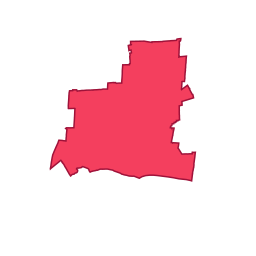 the district of Devesel, Mehedinti, Romania, rotated 153°
{"feature_id": "2599482B24769263834247", "entity_name": "Devesel", "entity_type": "district", "adm_level": 2, "iso_a3": "ROU", "parent_name": "Romania", "parent_adm1": "Mehedinti", "projection": "natural_earth1", "projection_center": [22.678, 44.474], "detail": "fine", "context": "isolated", "style": "filled", "palette": "rose", "viewbox_px": 256, "rotation_deg": 153, "n_neighbors": 0, "source": "geoboundaries", "source_scale": "gbopen_adm2", "svg_char_len": 5574}
<svg xmlns="http://www.w3.org/2000/svg" viewBox="0 0 256 256"><g transform="rotate(153 128 128)"><path d="M86.4,204.0L86.8,203.1L86.9,202.8L87.6,201.7L87.7,201.4L87.7,201.2L87.4,200.9L87.2,200.8L87.3,200.7L88.4,201.0L90.3,201.4L90.4,201.1L90.8,200.0L90.9,199.7L91.4,198.1L91.8,197.0L92.0,196.6L91.6,196.6L91.4,196.5L91.1,196.4L90.9,196.3L89.9,196.0L90.8,193.4L91.0,193.4L91.4,193.5L92.5,193.9L92.7,193.0L93.0,192.2L93.1,191.9L93.6,191.4L93.9,191.1L94.7,189.2L95.1,188.3L95.3,187.6L95.6,186.9L96.8,184.5L97.2,184.6L97.4,184.6L97.5,184.6L97.7,184.1L98.0,183.7L99.6,184.5L104.0,186.7L107.1,181.6L108.5,178.9L110.0,176.3L111.1,174.5L112.4,172.4L113.2,170.9L116.9,172.7L117.5,172.8L118.2,173.2L118.3,173.4L118.4,173.7L118.4,173.8L118.4,174.1L119.3,174.5L119.6,174.5L120.0,174.7L120.0,175.0L125.5,177.2L126.2,176.1L127.5,173.9L128.0,173.0L128.6,172.0L132.1,173.8L132.6,174.0L132.9,174.1L133.6,174.2L133.9,174.3L135.4,174.9L135.8,175.2L138.3,176.2L141.4,177.6L141.9,177.6L142.1,177.7L142.1,177.9L142.6,178.1L143.7,178.6L144.3,178.8L145.4,179.4L147.7,180.5L151.2,181.9L151.8,182.3L152.7,182.6L153.3,182.8L153.6,182.9L154.5,183.2L155.3,183.6L155.6,183.7L156.3,183.9L156.5,183.9L156.4,185.3L159.9,187.1L160.3,186.4L162.7,187.5L163.2,187.7L163.6,187.2L164.1,186.5L164.5,186.1L165.1,185.0L166.0,183.6L166.7,182.3L168.2,179.8L168.2,179.7L168.3,179.6L169.7,177.3L171.3,174.6L171.4,174.3L171.4,174.1L171.6,173.8L172.0,173.1L172.3,172.5L172.3,172.4L171.5,172.0L166.5,169.6L166.4,169.5L166.4,169.4L167.0,168.5L167.5,167.6L168.3,166.2L170.5,162.3L170.9,161.7L171.5,160.6L174.7,155.2L176.1,152.8L179.7,154.5L182.7,156.1L182.9,155.8L183.4,156.0L183.8,155.9L183.1,154.4L185.6,150.6L186.2,149.7L186.6,148.7L187.2,147.9L188.7,145.4L189.2,144.6L190.8,145.7L191.6,146.2L192.0,146.6L194.6,148.2L195.1,148.5L196.0,147.7L197.2,146.5L200.5,143.9L202.8,142.0L204.5,140.6L206.1,139.2L207.5,138.0L207.8,137.5L208.4,136.8L208.6,136.6L209.8,135.0L210.9,133.5L211.2,133.1L211.6,132.6L213.0,130.6L213.7,129.5L215.1,127.7L215.6,127.1L215.7,126.8L215.1,127.0L206.2,128.9L202.5,129.7L202.1,127.7L202.0,127.3L202.3,127.2L201.7,124.7L201.7,122.8L201.7,122.0L201.6,121.3L201.6,120.8L201.5,120.5L201.4,117.4L201.3,115.8L201.2,113.4L201.2,113.2L201.1,112.7L201.0,112.1L201.0,111.7L200.9,111.3L199.1,111.9L198.9,111.9L198.5,111.9L197.0,111.4L196.8,111.4L196.0,111.7L195.5,111.8L194.3,111.5L194.1,111.5L193.6,111.6L193.2,111.8L192.6,112.3L192.1,113.0L192.0,113.5L192.2,114.1L192.5,114.7L192.4,114.9L192.3,115.1L192.2,115.2L192.0,115.3L191.8,115.4L191.4,115.3L190.4,114.8L188.6,114.2L187.8,114.0L187.2,113.9L187.0,114.0L186.7,114.2L186.5,114.3L186.2,114.3L185.9,114.2L185.7,113.9L185.4,113.8L185.3,113.6L185.0,113.3L184.0,112.2L182.2,110.2L181.8,109.4L181.7,108.9L181.8,108.6L181.9,108.3L181.9,108.0L182.0,107.7L182.0,107.2L181.8,105.9L180.9,105.9L179.0,105.6L175.9,104.7L175.2,104.7L174.7,104.4L174.2,104.2L172.6,104.1L171.7,104.0L170.9,103.7L169.8,103.1L168.6,102.5L166.2,101.4L164.9,100.7L164.1,100.1L163.3,99.4L162.4,98.7L161.0,97.6L160.6,97.3L160.3,96.7L159.9,96.0L157.4,93.4L155.7,91.6L155.2,91.0L154.7,90.0L154.4,89.6L153.5,88.9L152.7,88.0L150.7,86.5L148.8,84.7L147.4,83.9L146.1,83.1L144.6,82.4L144.3,82.1L140.7,78.1L137.7,78.3L133.9,77.6L130.0,76.1L126.9,74.5L123.7,72.5L119.0,69.3L114.6,66.3L110.0,63.0L105.7,59.6L99.5,55.6L96.1,52.8L95.3,52.0L91.6,57.5L91.4,57.7L91.5,57.8L89.5,60.5L89.4,60.5L87.5,63.0L87.4,63.0L85.9,65.3L85.8,65.6L85.7,66.0L81.7,71.7L79.9,74.5L79.0,75.8L80.6,76.5L81.2,76.8L81.3,77.0L81.8,77.2L82.1,76.6L82.4,76.1L82.5,75.9L84.8,77.0L86.9,77.9L87.9,78.5L90.9,79.9L91.8,80.3L91.9,80.5L92.0,81.9L92.1,83.1L92.4,86.4L92.6,87.2L92.5,87.5L91.4,88.9L91.2,89.1L89.9,91.0L89.6,91.5L91.1,92.4L92.6,93.3L93.7,93.9L94.1,94.2L94.3,94.3L94.6,94.3L94.9,94.3L95.1,94.3L95.3,94.8L95.3,95.1L95.6,95.2L96.0,95.4L95.7,95.8L95.5,96.1L94.8,97.0L93.9,98.1L91.8,100.8L91.4,101.1L91.3,101.5L90.9,101.9L89.9,103.4L87.4,106.4L87.0,107.0L88.5,107.9L88.9,108.1L89.1,107.8L89.1,108.1L89.2,108.3L89.3,108.3L89.6,108.6L90.2,109.0L89.9,109.4L89.6,109.8L89.3,109.9L88.9,110.3L88.0,110.2L87.0,111.3L86.7,111.8L85.3,111.0L84.8,111.5L84.4,112.0L83.4,111.4L82.9,112.0L82.7,111.9L82.3,111.9L82.0,111.6L81.8,111.8L81.5,111.9L81.4,112.2L81.1,112.1L81.2,112.3L81.2,112.6L79.9,112.0L79.7,112.1L78.8,111.9L78.3,111.8L77.7,113.4L76.3,116.2L76.3,116.4L76.0,117.1L75.4,118.2L75.1,119.0L74.4,120.2L73.9,121.3L72.3,124.5L69.4,123.8L68.6,125.7L67.9,127.2L63.0,126.3L57.2,125.3L55.9,125.1L55.1,128.1L55.1,128.3L55.3,128.3L55.5,128.7L55.5,129.3L55.6,132.6L55.6,134.5L55.5,134.9L55.4,134.9L55.4,135.0L55.2,135.0L55.2,135.3L55.5,135.3L55.5,138.1L55.6,139.1L62.9,137.9L62.9,138.0L62.4,138.9L62.3,139.0L62.1,139.4L61.8,139.8L61.4,140.4L61.1,140.9L61.0,141.3L60.6,141.8L60.4,142.1L59.9,143.0L58.8,144.9L58.7,144.9L56.9,144.0L56.6,143.8L54.9,146.3L54.6,146.6L54.3,147.5L53.7,148.5L53.4,149.0L53.1,149.6L52.8,149.9L52.6,150.4L51.8,151.6L51.7,151.7L51.6,152.0L51.2,152.5L50.8,153.0L50.6,153.5L50.0,154.6L49.2,155.7L48.8,156.5L48.3,157.4L48.1,157.8L47.9,158.1L47.4,158.9L46.7,159.8L46.3,160.6L45.7,161.6L45.1,162.7L43.9,164.6L43.3,165.5L46.6,166.8L49.4,167.9L49.9,168.0L50.4,168.1L49.8,168.8L50.0,168.9L49.4,170.2L49.2,170.4L48.7,171.3L48.0,172.5L47.9,172.8L46.7,174.9L46.2,175.8L44.1,179.3L44.1,179.5L42.9,182.1L42.4,181.9L41.9,181.7L41.6,181.9L41.2,182.4L41.1,182.5L40.6,183.2L40.3,183.7L41.3,184.1L44.0,185.0L44.5,184.5L44.8,184.2L45.1,184.1L45.5,184.3L47.9,185.3L50.1,186.3L51.3,186.7L52.6,187.3L57.6,189.4L57.9,189.3L62.4,191.4L64.4,192.4L67.6,193.9L67.9,193.4L74.1,198.0L86.4,204.0Z" fill="#f43f5e" stroke="#9f1239" stroke-width="1.5"/></g></svg>